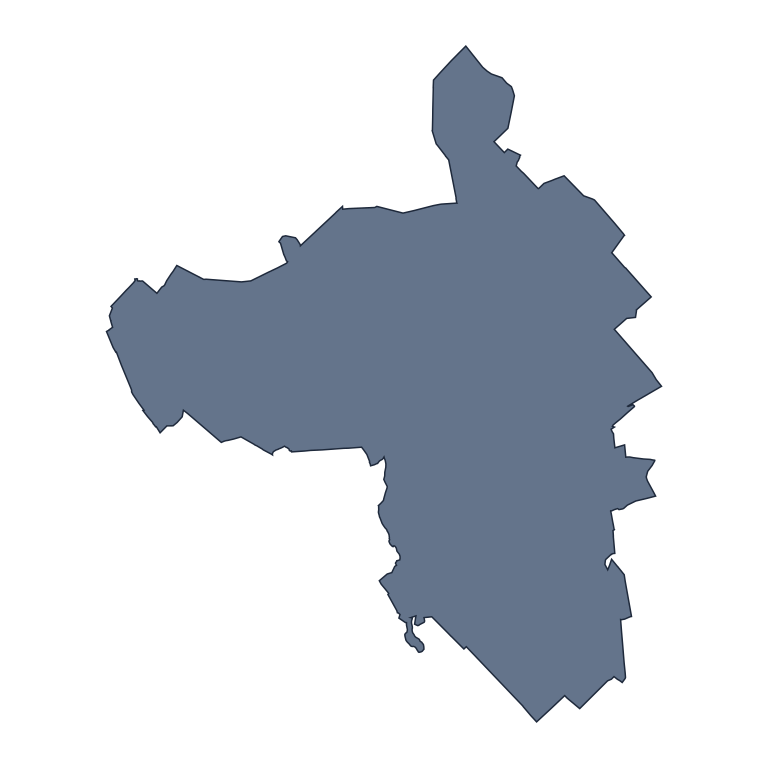 Kalupes pag., Daugavpils, Latvia
{"feature_id": "27541924B69291798191186", "entity_name": "Kalupes pag.", "entity_type": "district", "adm_level": 2, "iso_a3": "LVA", "parent_name": "Latvia", "parent_adm1": "Daugavpils", "projection": "albers", "projection_center": [26.542, 56.088], "detail": "fine", "context": "isolated", "style": "filled", "palette": "slate", "viewbox_px": 768, "rotation_deg": 0, "n_neighbors": 0, "source": "geoboundaries", "source_scale": "gbopen_adm2", "svg_char_len": 6021}
<svg xmlns="http://www.w3.org/2000/svg" viewBox="0 0 768 768"><path d="M622.2,682.5L625.0,678.7L625.4,677.9L625.5,677.4L625.2,673.3L624.1,662.5L622.6,644.1L621.6,632.4L620.6,619.5L621.5,619.7L624.7,619.1L630.0,616.8L631.5,616.5L625.2,581.3L624.2,574.7L617.8,566.8L617.8,566.7L617.5,566.5L611.6,559.3L609.6,565.2L607.7,569.8L604.9,564.4L605.4,560.3L605.7,559.5L611.2,554.3L611.4,554.5L612.7,553.6L614.8,553.4L613.3,536.3L613.4,536.2L613.0,530.5L614.1,529.9L614.4,529.6L614.1,529.3L613.3,524.7L612.7,521.8L611.2,513.4L610.6,511.0L610.7,510.8L611.6,510.9L614.4,509.6L617.6,508.6L619.0,509.6L622.6,508.9L623.7,508.4L627.4,505.1L635.8,501.0L646.8,498.4L655.6,496.1L654.1,493.2L649.6,484.9L647.5,481.0L646.4,477.9L646.4,477.1L646.2,476.9L647.7,471.3L652.1,465.5L654.8,460.7L654.7,460.2L652.5,459.9L650.3,459.4L643.7,459.0L633.4,457.7L629.8,457.0L627.6,457.0L625.8,457.2L624.6,444.9L614.9,447.8L613.8,438.3L613.5,433.8L612.1,431.6L611.1,429.2L614.4,427.1L612.4,426.4L613.1,425.0L615.8,422.7L620.4,419.0L627.5,412.6L634.3,406.7L634.5,406.2L634.1,405.7L632.9,404.7L628.5,406.4L628.1,406.5L627.7,406.2L637.4,400.3L661.5,386.3L656.2,379.6L652.1,372.7L614.3,329.3L626.7,318.4L635.5,317.4L636.5,310.6L636.3,310.0L651.2,296.9L626.6,269.1L625.9,268.2L624.6,267.4L612.0,253.0L611.7,252.8L624.0,235.7L624.5,235.4L623.5,233.9L614.9,223.6L594.5,200.0L592.5,199.0L583.6,195.8L564.1,175.8L555.2,179.1L551.6,180.6L544.0,183.4L538.7,188.5L538.4,188.6L537.9,188.4L523.6,173.3L521.3,171.3L516.2,166.0L517.2,162.1L517.6,161.5L518.3,160.7L519.1,158.7L519.7,157.6L519.5,156.7L520.5,155.2L507.8,149.1L504.3,152.6L494.0,141.7L507.9,128.3L511.2,112.2L514.4,95.8L512.7,90.1L511.4,86.7L506.6,83.1L502.1,77.8L491.4,74.0L487.2,71.2L482.6,67.2L465.8,46.1L459.0,52.9L451.2,60.8L439.7,73.2L433.5,80.1L433.2,87.6L433.3,87.6L432.8,109.5L432.7,117.6L432.5,126.6L432.4,130.6L432.2,130.7L436.2,143.9L437.4,145.3L445.2,155.4L445.5,155.9L445.6,156.3L445.9,156.5L448.7,159.9L456.1,197.8L456.0,198.7L456.7,202.4L456.5,202.7L456.8,203.1L441.7,204.1L440.1,204.3L433.4,205.6L414.3,210.5L403.0,213.1L376.8,206.4L375.0,207.4L374.7,207.5L348.8,208.6L342.7,209.2L342.5,206.4L336.2,212.2L335.4,213.1L300.4,245.8L300.3,244.8L300.1,244.4L297.2,239.8L296.0,238.4L295.5,237.8L285.7,235.8L282.5,236.5L278.9,241.6L279.1,242.0L280.5,243.2L283.7,254.3L285.2,257.6L286.4,260.8L287.6,261.7L286.6,263.2L277.5,267.9L268.2,272.3L250.8,280.9L241.5,281.9L205.8,279.2L205.7,279.3L203.7,279.4L176.8,265.5L173.0,271.5L171.1,274.0L166.7,280.7L165.1,284.0L165.1,284.3L164.0,285.8L161.7,287.1L156.9,293.3L142.6,281.0L140.9,281.0L140.1,281.2L139.5,280.9L138.3,281.0L137.8,280.9L137.4,280.4L137.4,279.4L137.4,278.9L137.1,278.8L136.7,278.7L135.4,279.0L134.8,279.0L135.1,280.6L133.5,282.7L128.7,287.8L126.1,290.4L120.8,296.1L111.0,306.4L112.4,308.0L109.4,315.8L110.7,320.7L110.9,320.7L110.9,321.6L112.5,327.0L112.6,327.3L109.1,329.8L109.2,330.0L106.5,331.5L113.1,347.5L115.9,352.3L116.4,352.1L121.3,365.0L130.8,388.0L131.6,390.1L131.6,391.9L133.0,394.6L138.9,403.3L144.0,410.2L142.9,410.5L147.5,416.5L152.7,422.5L153.1,423.7L153.7,424.3L155.7,426.9L156.3,426.7L160.1,432.8L166.9,425.9L173.1,425.8L177.1,422.5L178.9,420.5L182.2,416.8L183.4,410.2L187.6,413.5L190.8,416.2L221.3,442.4L224.1,441.2L225.8,440.7L227.9,440.4L233.8,439.0L241.0,436.9L253.9,444.2L255.1,445.1L256.6,445.7L262.2,449.0L263.3,449.9L271.1,454.0L272.5,454.9L272.4,454.2L272.5,453.6L272.8,452.7L273.5,451.6L276.0,450.0L278.1,449.3L278.9,448.8L279.6,448.6L281.7,447.7L283.8,446.6L284.4,446.2L285.0,446.5L286.3,447.4L286.7,447.5L286.9,447.5L287.7,447.9L288.0,448.4L288.6,448.7L289.1,449.2L289.3,450.3L289.7,450.7L290.8,451.1L291.0,451.3L291.4,451.0L291.6,451.3L291.7,451.9L304.7,451.0L310.7,450.4L322.0,449.9L344.0,448.3L348.2,448.2L361.6,447.2L363.8,450.1L366.9,454.5L369.1,460.2L369.6,461.1L369.4,461.9L369.5,462.5L370.2,463.9L370.3,464.5L370.6,465.8L374.5,464.7L377.6,463.2L377.7,463.3L379.1,461.4L379.7,460.8L382.2,459.4L382.9,458.8L384.0,457.0L384.4,458.5L385.0,459.7L385.5,461.8L385.9,464.0L385.8,467.2L384.8,472.3L384.7,476.0L383.8,479.4L384.9,481.9L387.2,486.4L387.2,486.9L387.0,488.1L385.4,492.8L384.9,494.7L383.9,498.3L383.4,500.5L381.0,503.1L378.4,505.6L378.6,505.8L378.7,509.7L378.4,512.2L378.7,513.7L379.1,514.9L379.5,516.9L380.1,518.1L382.1,523.4L383.4,525.5L385.1,527.9L386.6,529.5L387.3,531.3L388.0,532.3L388.9,534.3L389.1,535.2L389.4,538.0L389.2,538.5L389.6,539.5L389.6,539.9L389.1,540.6L389.0,541.4L389.1,541.8L390.0,543.9L391.4,545.5L392.5,546.5L393.1,546.6L393.3,546.6L393.4,546.0L394.3,545.9L395.1,546.4L396.0,547.6L396.4,548.6L396.9,551.0L397.2,551.5L399.3,554.2L399.5,554.7L399.7,555.5L400.0,556.1L400.1,558.4L399.9,558.9L399.8,559.9L396.7,560.8L396.6,561.5L395.9,562.3L395.6,562.8L395.5,563.4L396.4,565.0L396.5,565.4L395.9,565.6L394.7,566.5L391.8,572.6L387.2,574.0L379.3,580.7L381.2,584.2L388.2,592.7L388.7,593.5L387.9,594.5L396.8,610.6L397.4,612.8L398.3,612.9L400.0,614.5L398.9,618.1L405.5,622.6L406.5,622.6L406.5,624.2L406.5,625.1L407.3,629.1L407.4,629.7L407.3,630.5L406.9,632.2L405.5,633.4L405.1,633.9L404.8,634.7L405.0,636.3L405.8,639.7L406.1,640.5L407.3,642.1L409.4,644.2L410.2,645.3L411.1,646.2L412.2,646.5L413.6,646.4L414.6,646.8L415.4,647.4L415.9,648.0L416.7,649.2L417.1,650.0L417.7,650.8L418.4,652.0L419.0,652.3L421.0,651.9L422.2,651.3L424.0,649.1L423.8,648.0L423.9,647.1L423.7,646.2L423.5,644.8L423.2,644.2L422.2,643.0L421.8,642.3L420.4,641.4L419.9,640.9L419.7,640.1L419.0,639.1L415.6,637.1L414.7,636.1L414.1,634.8L412.6,632.6L412.2,630.8L412.1,629.9L412.2,628.6L412.4,628.1L412.3,626.5L411.5,623.2L411.5,621.9L411.6,620.7L412.0,619.6L412.3,618.2L411.9,617.8L410.9,617.6L415.9,615.9L414.6,624.2L417.7,625.6L418.3,625.5L419.1,625.1L419.6,624.6L424.1,622.3L424.5,621.6L424.6,620.7L424.0,617.6L431.7,616.8L432.4,617.4L447.8,632.9L451.2,636.4L451.4,636.5L463.9,649.0L466.3,646.7L523.1,706.3L523.1,706.5L530.8,715.6L536.6,721.9L551.4,708.2L564.7,695.6L567.2,698.2L579.7,708.6L607.6,680.8L611.4,679.2L614.0,676.6L617.4,679.3L619.7,680.6L622.2,682.5Z" fill="#64748b" stroke="#1e293b" stroke-width="1.5"/></svg>